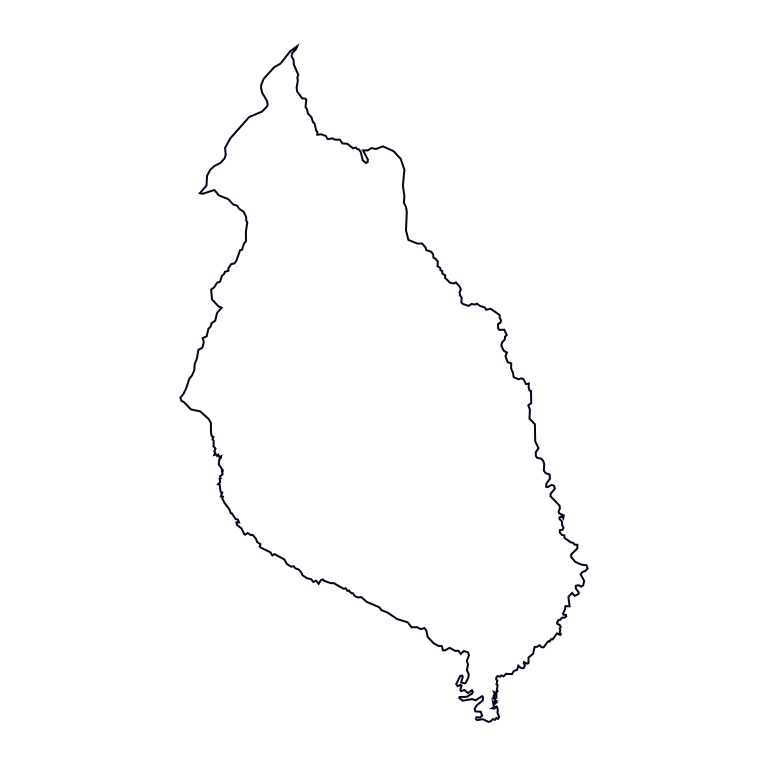 Monterrey, Casanare, Colombia (Natural Earth projection)
{"feature_id": "7082276B81333825674137", "entity_name": "Monterrey", "entity_type": "district", "adm_level": 2, "iso_a3": "COL", "parent_name": "Colombia", "parent_adm1": "Casanare", "projection": "natural_earth1", "projection_center": [-72.845, 4.854], "detail": "fine", "context": "isolated", "style": "outline", "palette": "ink", "viewbox_px": 768, "rotation_deg": 0, "n_neighbors": 0, "source": "geoboundaries", "source_scale": "gbopen_adm2", "svg_char_len": 6106}
<svg xmlns="http://www.w3.org/2000/svg" viewBox="0 0 768 768"><path d="M199.9,193.2L202.5,193.8L214.4,190.0L218.8,195.3L228.3,199.2L233.0,204.3L237.2,205.8L239.3,208.9L243.6,211.7L246.1,216.9L246.3,220.9L247.3,222.3L245.9,231.7L246.0,241.0L244.0,243.7L242.0,249.7L240.1,250.2L236.4,260.6L234.6,263.3L231.1,264.2L228.3,268.4L228.5,270.7L224.8,271.9L224.1,273.9L221.9,275.9L220.1,281.6L217.1,282.7L214.2,287.3L211.1,289.7L212.0,299.4L218.5,306.4L221.7,307.7L217.1,312.8L215.2,320.7L211.5,323.3L210.7,326.5L208.4,328.9L206.7,336.2L202.6,338.2L203.8,341.9L202.9,346.0L201.9,348.1L198.4,349.8L196.9,358.6L194.7,364.1L194.3,370.2L192.1,375.3L189.3,378.8L186.1,388.6L183.1,394.5L180.4,397.5L181.3,400.7L184.1,402.3L190.9,409.4L200.3,411.4L208.5,418.9L210.9,422.8L211.0,432.6L211.7,436.1L213.4,436.9L212.5,439.4L213.7,440.8L213.5,446.4L215.5,448.5L214.3,451.4L215.3,452.6L214.3,454.8L215.7,454.3L217.0,455.9L218.3,454.6L219.4,457.0L221.2,456.2L220.7,458.2L219.2,459.7L218.8,464.5L222.8,470.2L222.7,471.0L221.9,470.5L222.5,474.5L220.0,476.2L220.7,478.4L219.6,478.8L220.2,481.9L218.1,484.2L219.6,484.5L220.4,490.5L221.2,492.6L222.2,492.7L220.9,496.5L223.0,496.7L222.3,498.8L224.3,502.6L229.4,509.4L230.8,513.3L231.7,513.2L235.6,519.0L237.7,519.5L239.1,522.4L236.4,522.4L237.1,525.1L241.5,528.4L244.3,534.2L245.1,534.7L247.8,533.0L250.8,535.1L252.7,534.9L255.9,538.8L257.2,542.1L260.4,544.2L259.8,546.5L260.7,547.5L270.5,552.4L272.4,555.5L274.5,554.1L284.3,559.4L286.8,563.9L291.1,566.7L293.6,566.2L295.4,568.4L298.3,569.3L300.8,571.6L302.6,575.3L306.7,578.1L311.2,579.3L313.4,582.0L316.2,580.7L318.6,583.8L320.9,580.1L322.9,579.4L324.1,580.8L330.6,583.1L333.9,583.2L343.6,588.8L345.7,588.3L347.5,590.9L348.9,590.5L351.2,593.1L352.8,593.2L354.6,595.9L357.6,597.4L361.3,597.1L366.7,601.9L379.2,607.2L381.3,610.0L387.9,612.8L397.4,619.2L407.7,622.3L411.5,627.3L417.1,627.2L420.7,629.1L424.4,628.1L426.3,630.4L427.7,637.0L433.7,643.3L438.5,645.9L441.8,646.1L442.9,650.3L445.1,650.4L449.6,647.8L455.2,650.9L458.5,650.7L460.8,654.0L463.9,651.0L468.1,652.5L469.0,655.4L466.8,660.7L468.0,664.4L466.9,670.2L468.7,674.0L468.5,677.2L465.7,682.9L464.3,683.3L461.1,682.4L462.8,676.8L462.2,675.6L460.2,676.0L456.2,684.2L457.6,686.2L460.5,684.9L461.5,685.5L460.3,690.1L461.1,691.1L464.5,690.0L467.9,693.1L471.9,690.2L472.8,691.9L472.0,693.6L467.0,696.8L459.6,697.0L459.3,698.1L462.8,700.7L472.3,699.1L475.6,700.3L482.0,696.2L483.1,697.3L482.7,700.6L476.7,705.3L474.7,708.8L475.3,711.4L480.8,711.8L482.2,715.7L480.1,717.4L476.5,717.3L475.9,719.2L477.2,720.1L482.9,719.2L488.5,721.9L490.5,721.4L492.9,719.1L495.0,719.8L496.4,718.0L497.9,718.9L499.1,717.1L497.4,712.2L497.9,710.5L497.0,706.9L496.2,706.4L494.4,708.6L492.1,708.3L494.0,707.2L493.0,701.8L495.0,703.7L497.0,702.0L496.5,701.0L494.9,701.1L495.2,699.0L492.9,698.4L494.2,696.7L495.2,698.0L496.4,697.8L496.4,694.5L494.0,695.2L494.8,693.6L494.0,692.0L496.1,692.8L498.2,690.6L496.7,691.4L497.6,685.0L496.5,684.4L497.3,680.7L496.2,679.4L496.3,677.6L497.6,676.0L499.9,676.7L501.2,675.4L503.5,676.4L506.0,673.8L511.9,674.2L513.6,671.2L517.2,669.7L518.4,665.7L520.9,668.0L523.6,668.2L525.0,665.4L523.7,663.1L524.0,662.1L527.3,663.7L528.5,663.1L528.5,657.5L533.1,653.8L534.6,647.0L537.1,646.8L539.6,645.2L541.5,647.2L543.6,647.3L547.2,642.5L548.8,641.1L549.7,641.5L551.1,639.1L552.6,639.4L557.0,633.4L560.3,635.0L560.9,634.3L559.7,632.2L560.3,630.1L559.7,628.4L560.8,627.0L559.8,625.1L557.3,623.8L557.0,622.5L558.5,620.1L560.4,619.7L561.9,617.7L564.7,617.6L566.3,616.3L566.0,614.9L563.4,614.7L563.0,613.4L564.9,609.8L565.4,606.1L569.6,606.3L568.4,596.9L572.1,592.9L574.6,595.9L578.4,594.1L578.8,592.6L575.8,588.3L575.8,585.8L578.8,585.2L581.0,586.6L583.1,585.4L584.2,580.9L580.7,574.5L582.3,572.1L585.4,570.9L587.6,568.5L586.5,565.2L582.4,564.9L578.0,563.2L575.0,561.6L571.2,557.0L571.2,554.4L577.3,548.5L577.4,544.8L574.4,544.6L573.3,542.9L570.8,542.4L564.5,537.9L564.3,535.4L561.9,535.0L559.7,532.4L560.0,530.0L562.4,529.9L563.5,527.8L562.1,524.9L561.9,521.4L559.5,519.0L559.4,517.4L561.6,516.3L563.2,518.4L563.8,515.4L559.2,513.4L558.6,511.6L559.9,508.4L559.6,505.7L550.5,496.2L550.7,493.6L554.8,488.8L554.0,485.7L551.8,484.9L547.7,487.1L546.1,486.7L546.4,483.6L549.9,478.8L549.6,474.5L545.6,473.1L543.9,470.7L544.2,463.8L543.2,460.9L541.2,458.7L537.2,457.8L535.8,455.9L535.8,452.2L538.5,448.2L535.2,441.3L534.9,424.3L529.5,418.6L529.9,409.6L528.3,405.4L531.2,403.1L531.0,391.0L529.5,390.5L528.6,387.3L528.8,383.5L526.0,384.1L523.3,378.9L521.0,378.4L518.7,379.3L513.7,377.2L512.9,372.6L511.1,368.5L511.2,363.4L507.7,362.2L505.5,356.4L506.9,352.5L503.8,350.8L501.3,345.7L502.0,342.5L504.8,339.5L505.0,336.6L506.8,335.2L504.3,329.7L499.3,329.9L498.1,328.1L498.0,324.1L500.4,322.6L501.1,320.5L499.8,318.2L499.6,315.0L490.7,308.8L486.2,309.7L484.9,307.5L480.0,305.9L476.9,303.6L475.5,304.5L471.5,304.0L468.6,305.9L462.8,303.9L461.4,302.6L461.6,297.5L460.0,295.3L459.6,292.3L460.9,289.4L459.3,286.2L455.9,282.4L454.1,283.5L450.1,282.8L444.9,277.7L445.3,275.5L442.3,273.4L442.2,271.0L440.5,270.2L440.1,267.9L437.5,266.1L437.9,261.6L435.4,258.7L433.5,257.8L433.1,254.3L431.2,251.8L426.3,250.1L425.5,247.4L422.1,243.5L417.1,243.5L408.4,239.9L406.0,230.4L406.8,211.8L406.0,207.0L403.9,202.7L404.4,196.2L402.9,185.7L404.4,169.7L400.7,158.9L393.6,151.2L382.9,146.4L375.9,149.0L371.3,148.1L367.8,150.4L363.1,150.4L367.9,159.7L367.6,162.1L366.0,163.0L362.7,160.3L360.8,152.1L359.0,149.5L357.3,149.2L355.9,147.5L353.1,148.3L347.3,143.8L342.3,143.4L339.9,139.7L334.9,139.7L332.6,138.4L327.6,139.1L325.9,136.0L321.1,134.3L317.3,134.7L317.4,132.3L316.1,130.4L314.6,123.4L313.0,122.2L311.5,117.3L308.0,113.6L307.0,109.3L305.5,107.1L306.3,99.7L305.2,98.6L302.2,98.4L297.2,91.6L296.6,87.6L297.9,80.1L297.3,77.6L298.3,74.9L293.8,64.4L293.6,60.0L291.4,55.9L292.3,53.0L295.8,49.4L297.3,46.1L290.2,51.3L280.5,63.6L274.2,67.2L263.7,78.8L261.3,84.7L261.0,87.9L262.2,92.8L267.0,101.0L267.7,104.7L267.0,106.5L262.0,111.6L249.2,117.0L230.5,138.1L225.1,147.8L225.7,154.8L224.7,158.2L220.5,162.9L214.5,166.0L210.3,169.7L207.1,175.6L206.5,185.5L199.9,193.2Z" fill="none" stroke="#020617" stroke-width="2"/></svg>